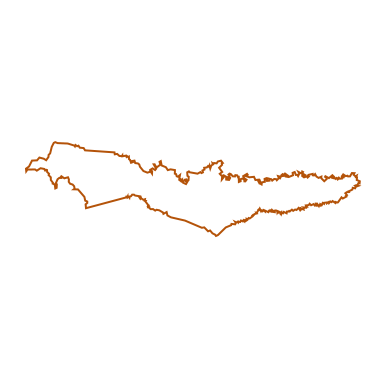 El Retorno, Guaviare, Colombia (Albers equal-area conic projection), rotated 3°
{"feature_id": "7082276B7236070172680", "entity_name": "El Retorno", "entity_type": "district", "adm_level": 2, "iso_a3": "COL", "parent_name": "Colombia", "parent_adm1": "Guaviare", "projection": "albers", "projection_center": [-71.499, 2.05], "detail": "fine", "context": "isolated", "style": "outline", "palette": "amber", "viewbox_px": 384, "rotation_deg": 3, "n_neighbors": 0, "source": "geoboundaries", "source_scale": "gbopen_adm2", "svg_char_len": 6099}
<svg xmlns="http://www.w3.org/2000/svg" viewBox="0 0 384 384"><g transform="rotate(3 192 192)"><path d="M218.2,234.6L220.2,233.6L227.6,225.6L232.8,223.1L233.1,221.8L236.8,222.0L237.4,220.6L236.7,219.6L237.9,220.1L239.4,219.1L239.9,220.1L240.5,219.3L241.7,219.4L242.4,217.9L244.3,218.7L244.9,217.5L245.7,218.3L245.7,217.4L246.5,217.1L247.1,218.2L248.6,217.1L248.2,216.0L249.1,216.3L250.0,215.0L251.0,215.4L253.6,213.3L253.3,212.6L254.3,211.6L254.7,212.0L255.9,210.6L257.9,210.0L257.3,209.2L257.9,209.2L259.3,206.5L258.8,205.6L259.9,206.3L260.5,205.0L262.0,207.7L262.6,206.8L263.5,207.5L264.1,206.4L265.7,207.5L265.5,206.6L269.3,208.1L269.8,206.8L271.6,207.3L271.4,206.2L272.3,206.5L272.7,205.6L273.8,206.6L273.7,207.6L275.7,207.8L275.5,206.3L276.8,206.0L278.1,206.6L278.3,207.6L278.7,206.6L280.5,207.3L279.9,208.0L281.0,207.7L281.5,209.0L282.4,207.7L282.6,208.6L282.9,207.8L284.1,208.4L284.7,207.1L287.6,208.3L287.8,206.6L289.8,206.4L289.3,205.4L290.6,206.3L292.7,204.4L294.0,205.5L295.9,204.1L297.3,204.5L299.3,202.3L300.1,203.4L300.2,202.6L301.2,202.3L301.5,204.2L302.5,203.1L304.3,203.6L304.0,202.7L305.0,202.1L304.4,201.6L306.7,201.7L306.5,200.7L307.5,200.7L306.6,199.4L309.2,199.0L310.1,197.6L311.6,199.0L314.1,197.7L315.4,199.2L316.6,198.8L316.3,197.1L317.5,197.1L317.8,199.1L318.9,198.7L319.4,199.4L319.7,198.4L320.5,198.8L320.7,197.5L321.7,198.2L321.7,197.6L322.6,197.8L323.1,196.1L324.4,196.8L324.4,195.9L327.8,195.3L327.7,195.9L329.0,194.9L329.4,195.9L330.6,194.2L331.9,194.8L332.9,193.7L335.6,195.4L335.8,194.4L336.9,194.7L336.9,194.1L337.2,194.9L338.3,194.7L341.6,189.5L342.9,190.6L346.4,188.5L345.9,187.8L346.9,187.0L345.2,185.2L346.5,184.1L348.2,183.9L347.3,183.0L348.3,183.3L352.0,181.2L352.3,179.4L354.7,179.8L355.4,178.0L354.4,177.2L355.4,176.7L356.4,177.7L357.8,177.1L357.0,176.9L357.0,176.0L357.8,174.3L358.9,174.6L359.0,172.5L355.9,171.4L356.0,168.8L355.0,168.7L355.5,167.1L354.4,167.8L352.5,166.3L353.2,164.7L350.7,164.7L349.0,168.1L347.0,168.3L346.4,167.6L344.8,168.1L342.1,166.5L341.4,167.6L343.1,168.1L342.7,169.5L341.9,169.7L340.7,167.9L341.0,170.7L339.0,171.0L337.1,169.3L338.1,170.7L336.8,171.9L335.6,170.5L334.5,171.4L333.4,169.9L332.6,170.8L330.9,170.4L330.7,169.6L332.3,168.8L331.3,167.9L328.0,171.0L324.4,169.3L324.1,169.9L325.4,170.6L325.8,172.0L323.5,174.3L320.4,171.5L320.4,169.9L317.7,171.3L315.4,170.0L314.0,167.7L313.0,169.1L311.8,169.0L311.6,167.6L307.4,168.8L306.7,169.7L307.8,170.4L306.7,171.5L305.8,170.4L303.1,171.5L301.2,170.2L301.3,168.8L303.3,169.7L304.0,169.1L301.9,168.0L301.3,167.0L301.8,166.2L301.0,165.8L300.8,167.2L299.9,167.6L297.3,166.4L298.2,167.9L297.1,170.5L296.3,169.3L294.8,169.5L293.5,166.7L291.5,167.6L292.0,170.0L287.8,172.0L284.6,171.6L284.2,170.8L286.1,171.6L286.9,170.6L283.9,168.7L282.8,170.0L281.6,169.4L280.6,170.4L281.7,171.3L280.1,171.6L279.2,173.7L278.4,173.3L278.5,171.9L277.1,171.6L278.0,173.6L276.1,175.8L275.4,174.8L273.4,174.7L271.5,176.4L270.6,175.1L268.5,174.8L268.8,176.6L266.3,177.0L265.9,175.9L267.0,174.4L265.8,174.2L263.8,175.1L264.2,178.0L261.3,178.7L261.1,180.8L259.5,179.9L259.8,178.7L258.9,176.6L258.3,176.8L258.1,178.5L257.5,177.5L257.8,176.2L254.7,176.7L253.1,173.6L248.6,174.3L245.4,173.4L246.7,171.9L246.0,171.0L242.3,173.5L243.5,175.5L245.8,176.9L244.7,178.6L243.8,178.6L243.8,177.5L241.9,175.8L239.8,176.7L240.0,178.7L238.3,179.5L237.8,173.4L237.4,175.1L236.2,173.0L234.4,172.9L234.1,174.2L231.9,174.2L229.7,172.0L228.5,171.7L227.8,172.4L228.6,172.7L228.6,173.8L227.9,174.3L229.4,175.9L228.4,178.0L225.5,177.8L225.4,176.3L226.7,177.4L227.8,176.3L222.7,173.6L221.9,174.0L223.2,175.1L221.2,177.9L221.3,174.8L218.8,172.4L221.1,170.4L217.8,166.4L220.6,163.3L220.2,161.8L221.2,161.4L219.3,159.2L216.2,160.2L215.1,162.1L212.5,161.9L212.0,162.9L211.0,162.2L211.3,163.3L209.8,164.8L209.0,167.6L208.1,164.7L207.7,166.0L206.7,165.2L205.5,166.7L202.9,167.2L203.3,168.9L201.3,170.0L201.9,171.8L200.5,172.6L199.3,171.7L196.6,173.4L188.5,172.4L187.8,171.6L186.2,172.6L186.6,176.1L187.9,176.9L187.9,180.4L186.8,181.6L185.6,179.7L184.2,180.1L184.2,181.1L186.7,182.3L185.6,184.4L182.6,183.2L182.4,181.8L181.4,182.1L181.4,180.6L180.5,181.8L178.6,180.5L178.7,179.9L180.1,179.8L178.7,179.1L179.1,175.7L177.2,177.5L175.9,177.1L175.2,175.0L173.9,174.6L173.8,171.0L169.4,170.5L166.7,171.4L164.6,168.6L160.3,167.1L159.2,162.8L158.0,163.6L159.0,166.3L155.9,168.9L154.5,168.4L153.2,166.3L152.3,166.4L155.0,170.6L154.0,172.0L151.4,170.5L149.4,171.9L151.1,173.4L151.1,175.7L149.1,173.0L148.6,174.2L146.4,175.0L142.4,173.6L138.7,169.5L137.9,167.3L136.5,166.3L133.8,166.1L132.9,163.7L129.7,164.4L131.0,165.4L129.6,166.0L128.5,163.2L127.4,162.5L127.1,160.0L126.4,160.5L125.4,159.7L124.8,160.3L124.3,159.1L120.6,160.0L120.5,159.1L120.0,159.9L117.6,159.8L115.3,157.9L112.9,158.4L112.5,156.5L83.0,156.0L81.5,153.8L77.6,153.6L76.2,151.7L74.9,152.3L73.2,151.2L72.7,152.6L72.0,151.8L65.4,150.1L55.2,150.2L52.8,149.4L51.4,150.2L49.6,154.2L48.3,160.9L46.9,162.4L46.8,164.6L44.7,167.9L42.2,166.5L37.8,165.6L35.6,168.5L30.6,169.0L27.9,175.1L25.0,177.4L25.4,180.0L26.5,178.2L34.1,177.7L35.9,178.8L39.5,176.2L43.2,176.7L44.2,178.2L45.0,177.4L46.0,177.6L46.3,179.6L48.3,181.3L47.9,182.6L50.2,184.7L50.4,187.4L52.8,190.3L52.5,190.9L54.6,191.8L55.3,195.6L56.6,194.9L56.6,191.4L55.6,190.3L57.1,186.3L58.7,184.9L60.4,184.8L60.0,184.1L60.7,183.1L63.8,185.0L67.4,183.8L68.4,185.9L68.4,188.3L69.8,190.1L72.4,190.8L74.0,192.4L74.6,194.8L73.8,195.5L78.0,195.4L84.8,202.5L85.8,206.2L87.9,207.0L88.0,208.4L86.4,209.9L87.0,213.7L126.1,201.0L126.3,200.1L126.6,201.3L126.8,200.3L127.5,200.8L127.9,199.9L128.0,200.8L129.1,200.0L129.8,200.9L129.9,199.9L131.3,199.4L132.4,197.8L134.2,197.7L135.3,198.5L140.8,199.1L141.1,199.8L139.9,200.3L140.8,201.5L141.3,200.8L143.8,202.3L145.4,201.7L145.2,203.2L146.2,203.3L145.9,203.8L148.9,207.3L148.7,208.2L149.4,208.1L149.0,209.5L150.2,209.4L150.3,210.3L151.7,211.3L154.0,211.1L156.2,212.5L157.5,211.6L160.3,212.0L164.1,214.0L164.6,215.3L167.7,213.4L168.7,216.7L172.3,218.4L186.5,220.9L203.7,227.2L206.1,226.7L210.1,230.4L212.1,229.5L214.6,232.2L217.3,233.4L218.2,234.6Z" fill="none" stroke="#b45309" stroke-width="2"/></g></svg>